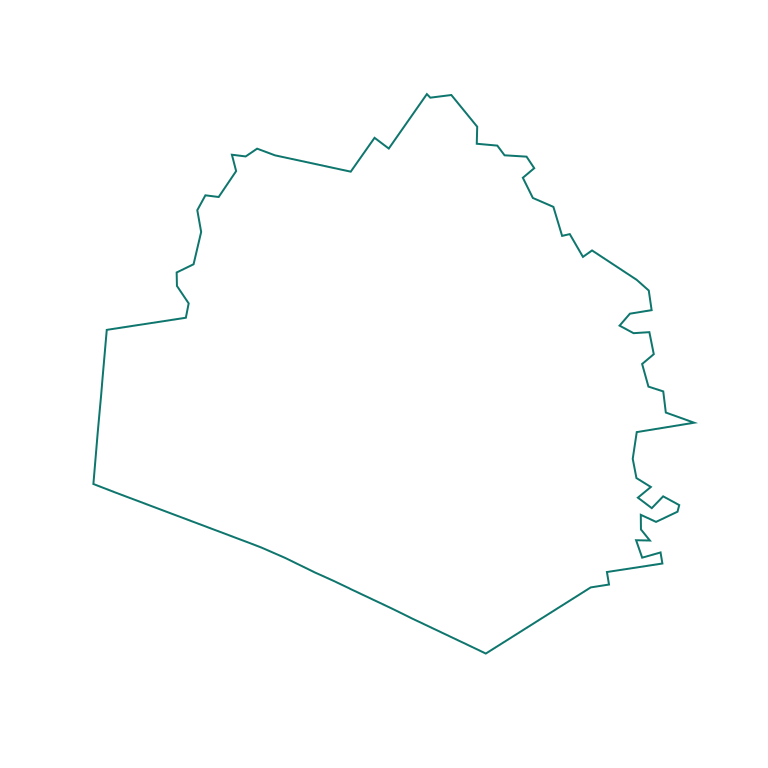 Fort Bend, Texas, United States of America (Robinson projection), rotated 172°
{"feature_id": "52423323B41825478999592", "entity_name": "Fort Bend", "entity_type": "district", "adm_level": 2, "iso_a3": "USA", "parent_name": "United States of America", "parent_adm1": "Texas", "projection": "robinson", "projection_center": [-95.832, 29.525], "detail": "fine", "context": "isolated", "style": "outline", "palette": "teal", "viewbox_px": 768, "rotation_deg": 172, "n_neighbors": 0, "source": "geoboundaries", "source_scale": "gbopen_adm2", "svg_char_len": 1209}
<svg xmlns="http://www.w3.org/2000/svg" viewBox="0 0 768 768"><g transform="rotate(172 384 384)"><path d="M301.2,665.1L346.5,616.5L359.1,629.1L387.4,598.9L460.1,625.6L476.9,634.7L489.3,628.6L502.7,632.2L500.8,615.4L521.7,592.2L534.6,595.7L544.7,582.1L543.9,560.0L555.9,529.1L573.8,523.3L575.4,509.9L566.2,491.0L571.0,477.2L651.0,476.2L662.1,428.1L665.8,411.7L668.5,400.3L674.2,376.0L685.7,325.4L665.6,314.2L552.0,252.2L541.7,246.6L528.7,239.4L528.0,239.0L506.2,225.6L478.7,207.0L461.7,196.3L447.0,186.6L445.8,185.7L407.7,160.7L388.6,147.7L333.2,111.2L320.7,102.9L207.6,153.8L189.1,154.1L189.4,166.8L133.3,167.5L133.6,178.7L152.5,176.1L156.1,194.2L142.5,192.0L149.8,204.2L147.9,218.7L133.8,209.6L111.1,216.7L108.5,223.0L123.2,233.9L136.1,223.8L148.4,236.1L134.1,244.9L147.1,255.7L148.1,275.3L140.4,301.2L82.3,302.5L108.9,316.5L108.5,337.8L122.5,344.6L125.6,367.9L112.7,376.0L114.0,398.4L129.8,399.6L142.6,409.0L130.7,419.4L108.7,419.9L108.8,439.7L119.3,452.0L159.4,487.3L169.3,482.2L179.2,506.6L187.0,505.9L191.6,535.8L210.7,547.5L217.8,568.9L205.2,576.8L211.2,589.3L232.8,593.7L238.6,604.3L258.7,609.0L255.9,625.8L277.1,660.8L298.3,661.1L301.2,665.1Z" fill="none" stroke="#0f766e" stroke-width="2"/></g></svg>